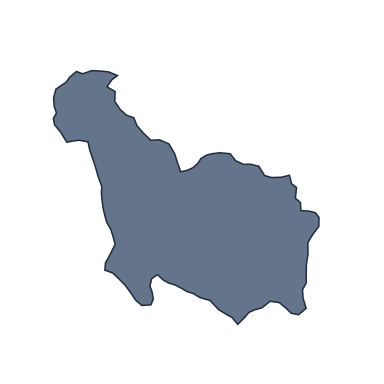 outline of São Sebastião do Rio Verde, Minas Gerais, Brazil, rotated 346°
{"feature_id": "56859067B74090736562725", "entity_name": "São Sebastião do Rio Verde", "entity_type": "district", "adm_level": 2, "iso_a3": "BRA", "parent_name": "Brazil", "parent_adm1": "Minas Gerais", "projection": "mercator", "projection_center": [-45.029, -22.211], "detail": "fine", "context": "isolated", "style": "filled", "palette": "slate", "viewbox_px": 384, "rotation_deg": 346, "n_neighbors": 0, "source": "geoboundaries", "source_scale": "gbopen_adm2", "svg_char_len": 1563}
<svg xmlns="http://www.w3.org/2000/svg" viewBox="0 0 384 384"><g transform="rotate(346 192 192)"><path d="M103.2,118.2L102.9,126.5L103.8,136.7L104.4,144.5L104.6,153.4L105.8,165.0L103.8,171.3L102.6,179.0L101.8,187.4L101.7,194.2L102.0,201.2L104.2,208.9L104.6,216.5L104.8,224.1L96.8,233.5L90.9,239.8L88.5,246.8L95.6,251.5L100.5,259.4L104.6,266.4L107.9,274.4L111.3,283.6L115.8,289.9L124.8,291.6L128.5,286.7L129.1,280.1L128.5,273.0L131.9,266.4L138.4,263.8L142.9,270.6L147.2,274.6L152.9,278.0L158.9,283.3L162.9,287.3L168.8,291.0L174.1,296.3L183.2,301.6L189.4,312.6L195.5,318.8L200.5,323.5L204.4,331.5L213.2,326.2L218.1,322.6L224.4,321.5L231.9,321.3L241.4,316.9L250.0,320.5L255.2,327.6L258.9,333.6L265.7,336.9L274.6,332.5L274.1,321.9L275.6,313.6L281.0,307.7L282.9,299.6L285.4,290.1L289.6,280.1L292.2,269.1L298.6,262.7L306.7,256.1L309.1,247.5L306.7,241.9L300.8,238.8L293.1,236.4L294.7,228.4L290.8,223.2L294.5,212.9L290.6,208.0L290.6,199.3L282.3,199.3L272.7,197.2L266.4,193.6L263.1,183.2L255.0,179.0L248.8,177.7L242.0,172.3L238.3,164.1L228.7,160.7L220.8,159.7L215.0,159.7L208.8,161.7L204.5,165.6L199.0,168.6L192.8,169.8L185.9,169.6L185.1,160.7L184.4,150.3L181.2,139.7L173.1,133.5L164.5,131.8L159.0,122.9L154.7,114.5L153.5,105.9L146.9,101.5L142.3,94.6L139.0,85.6L141.7,75.9L135.0,69.4L141.4,63.7L147.9,61.0L140.2,55.3L132.5,52.5L124.2,50.0L114.4,50.8L109.1,47.1L101.4,50.8L96.2,55.1L90.9,57.0L84.8,59.3L80.5,67.1L79.0,75.7L79.6,82.6L75.3,87.0L74.9,93.6L78.7,101.5L82.6,113.4L89.3,113.8L95.0,114.5L103.2,118.2Z" fill="#64748b" stroke="#1e293b" stroke-width="1.5"/></g></svg>